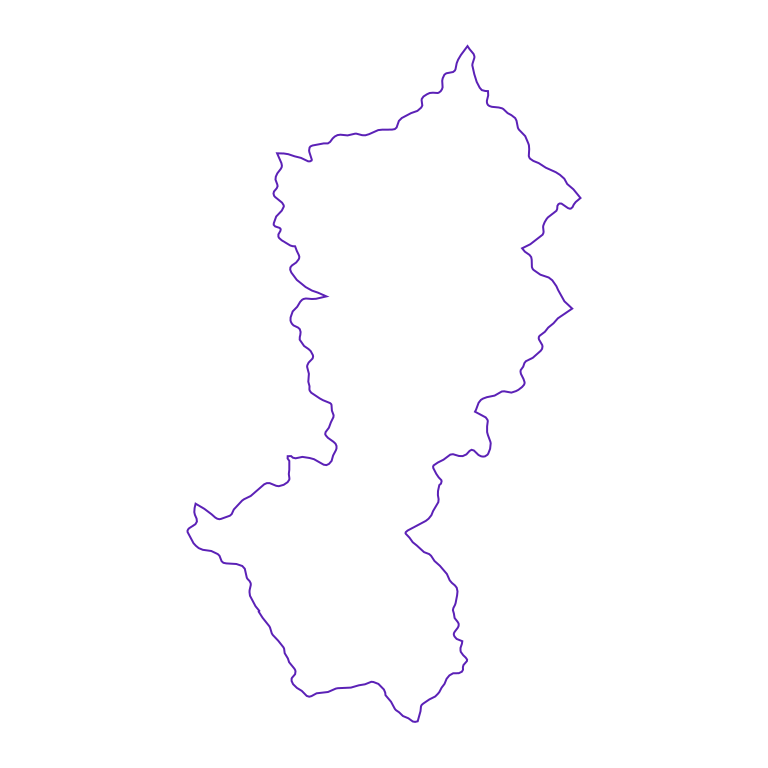 SVG path tracing the border of Moravicki
{"feature_id": "SRB-829", "entity_name": "Moravicki", "entity_type": "District", "adm_level": 1, "iso_a3": "SRB", "parent_name": "Republic of Serbia", "parent_adm1": "", "projection": "equal_earth", "projection_center": [20.274, 43.751], "detail": "fine", "context": "isolated", "style": "outline", "palette": "violet", "viewbox_px": 768, "rotation_deg": 0, "n_neighbors": 0, "source": "natural_earth", "source_scale": "10m", "svg_char_len": 6093}
<svg xmlns="http://www.w3.org/2000/svg" viewBox="0 0 768 768"><path d="M572.2,308.6L557.9,318.3L553.5,323.3L548.2,327.6L544.9,331.8L539.6,335.8L538.9,336.9L538.7,338.2L539.0,339.5L542.2,345.0L542.5,346.4L542.1,348.8L540.8,350.7L532.8,357.8L525.9,361.2L524.4,363.1L523.2,366.7L520.7,370.1L520.5,371.6L520.9,373.8L523.5,379.0L524.6,382.3L524.5,383.6L524.0,384.8L522.1,387.0L518.3,389.9L516.0,391.1L511.4,392.6L504.2,391.3L501.8,391.5L494.6,395.6L486.8,397.2L483.0,398.6L480.9,399.9L478.6,402.8L476.0,409.8L475.0,411.7L485.7,417.4L487.4,419.7L487.8,421.0L487.1,426.4L487.1,432.1L487.9,435.0L490.4,441.8L490.7,443.3L490.1,448.8L488.2,453.7L487.4,454.8L484.9,456.4L483.0,456.6L481.1,456.3L478.5,455.0L473.9,450.5L471.6,449.8L469.6,450.9L466.4,454.4L462.7,456.1L459.0,456.0L453.0,454.2L450.3,454.6L443.5,459.7L437.9,462.5L433.6,465.4L433.1,466.6L433.3,468.1L436.3,473.9L438.7,477.4L441.3,480.1L441.6,481.2L441.0,483.6L439.3,485.1L438.0,491.0L437.9,495.1L438.6,499.2L438.3,502.2L433.1,511.0L431.4,515.2L428.6,518.7L425.8,520.9L407.7,530.5L405.8,532.1L405.5,533.1L405.8,533.8L409.5,537.7L412.7,542.2L416.8,545.5L424.0,552.1L429.2,554.1L431.1,555.8L434.5,561.0L439.9,565.8L446.9,574.0L449.7,580.3L451.8,582.8L454.9,585.4L456.7,587.7L457.5,591.4L457.1,595.3L455.6,603.1L455.0,604.9L453.4,608.0L452.9,610.1L453.9,613.6L454.6,618.0L457.8,622.1L458.6,623.6L458.7,624.9L458.5,626.2L457.8,627.7L454.6,631.9L453.9,633.3L453.8,634.7L454.5,636.5L456.6,638.9L462.3,641.2L461.9,643.8L460.5,647.9L460.5,650.4L460.8,651.9L463.2,655.2L465.7,657.6L467.1,659.6L466.9,661.1L463.5,665.0L462.9,667.1L463.0,669.7L461.9,671.7L458.8,673.2L453.1,673.3L449.4,675.4L446.6,678.8L444.5,683.9L441.6,687.7L439.3,692.1L437.8,693.9L435.2,696.5L429.4,699.4L423.2,703.6L421.7,704.9L421.0,706.3L420.5,711.2L417.7,721.3L415.1,721.9L412.8,721.5L408.4,718.3L402.9,716.0L399.1,712.3L395.9,710.1L394.8,708.8L391.0,701.7L385.5,695.2L385.2,692.6L383.9,689.5L378.4,683.9L373.4,682.0L371.3,681.8L365.0,684.3L358.9,685.3L350.9,687.6L337.8,688.2L335.8,688.6L328.0,692.0L316.6,693.3L311.5,696.1L309.2,696.7L306.7,695.9L301.8,690.9L296.9,687.9L293.1,684.2L291.6,681.0L291.6,678.7L292.0,677.8L295.1,674.2L295.5,671.4L295.2,670.1L294.4,668.7L289.1,662.2L287.9,658.5L284.7,653.2L284.1,648.7L283.5,647.4L278.2,640.7L272.8,635.0L271.8,633.4L270.0,627.5L269.3,626.2L262.6,617.8L258.7,611.7L259.3,610.9L255.5,606.2L250.0,595.8L249.5,592.1L249.6,590.2L250.8,584.9L250.7,583.3L249.6,581.1L247.5,578.9L246.8,577.7L244.8,568.8L242.3,566.0L236.4,564.0L226.3,563.4L223.4,562.8L221.6,561.2L219.5,555.8L217.8,554.1L211.3,551.0L202.8,549.8L198.7,548.1L195.9,545.8L193.5,543.2L187.6,532.1L187.5,530.8L188.1,529.4L189.2,528.2L195.4,524.2L196.9,521.6L196.6,518.7L194.9,514.8L194.3,512.1L194.6,508.0L195.6,503.7L204.3,508.8L211.6,514.3L215.2,517.5L217.2,518.7L219.3,519.2L221.0,518.9L229.9,515.7L231.7,514.1L233.8,509.5L242.1,500.6L244.1,499.2L250.7,496.0L264.2,484.3L266.9,483.1L269.6,483.1L276.2,485.8L278.8,486.2L283.7,484.8L287.6,482.2L289.3,479.6L289.4,478.3L288.8,474.0L289.3,469.8L289.3,460.9L287.6,458.5L287.7,456.2L291.1,456.1L292.9,457.7L295.6,458.3L302.4,456.9L309.6,458.0L314.0,459.2L323.7,464.7L326.4,465.1L329.0,463.9L331.6,460.9L333.1,455.5L335.9,450.2L336.5,448.4L336.5,446.0L335.5,443.7L333.6,441.9L327.9,437.8L325.8,435.4L325.2,434.1L325.6,432.1L328.9,427.7L330.9,422.3L333.4,417.2L333.6,415.2L331.9,410.6L331.5,404.9L331.1,404.0L330.1,403.1L323.0,400.2L319.9,398.5L311.2,392.7L309.7,390.6L309.4,389.4L309.5,386.2L308.3,381.7L308.9,373.8L307.1,366.8L307.3,365.3L308.6,362.6L312.6,358.5L313.1,356.6L312.9,355.2L310.7,351.1L308.6,349.1L304.1,346.0L299.7,339.7L299.8,336.9L300.3,334.9L300.6,332.0L299.8,329.2L298.1,327.6L293.5,325.4L291.9,323.7L290.9,321.8L290.5,320.4L290.6,317.4L292.7,311.4L297.2,306.8L300.2,301.8L302.1,299.8L303.5,299.0L305.9,298.5L311.9,299.0L316.0,298.8L326.4,296.4L317.8,292.6L312.0,290.6L305.7,287.1L296.8,279.9L291.3,272.5L290.2,269.7L290.4,267.4L291.9,265.5L296.2,262.5L298.7,259.3L299.2,258.0L299.3,256.6L298.7,254.8L296.8,250.9L295.1,246.3L292.7,246.2L290.3,245.5L281.7,240.3L279.1,238.0L278.4,236.7L278.4,234.4L280.4,230.9L280.7,229.2L280.1,228.3L279.3,227.8L275.1,226.4L273.7,224.8L273.8,223.2L276.2,216.5L281.8,210.6L283.8,206.6L283.7,205.3L282.1,202.7L275.1,197.0L274.1,195.8L273.5,193.6L274.0,191.5L276.7,188.3L277.6,186.2L277.3,184.5L275.5,179.6L275.8,176.7L277.3,173.4L280.9,168.7L281.7,167.1L281.9,165.6L281.4,163.1L277.1,153.3L283.9,153.5L288.3,154.2L294.6,156.3L301.0,157.9L308.1,161.3L310.1,161.3L311.6,160.5L311.8,159.7L309.3,151.9L309.1,150.4L309.6,147.5L310.5,146.4L312.5,145.5L323.8,143.4L327.9,143.4L330.1,141.9L332.7,138.4L334.8,136.5L337.5,135.1L340.4,134.7L347.6,135.4L355.0,133.7L356.5,133.7L362.2,135.2L365.3,135.3L369.0,134.2L378.2,130.1L382.0,129.7L392.0,129.6L394.8,129.1L396.6,127.5L398.9,120.9L401.8,118.0L411.1,113.1L417.4,110.9L421.2,107.6L422.3,105.5L421.6,100.2L421.8,98.9L423.5,96.5L426.9,94.3L429.7,93.0L432.9,92.7L437.7,93.0L438.7,92.7L440.7,91.2L442.0,89.2L442.6,87.3L442.2,80.8L442.7,78.3L444.4,74.7L446.3,73.3L453.1,72.0L454.9,70.5L455.5,69.2L456.7,63.2L458.1,59.7L460.9,55.0L467.5,46.1L469.6,49.2L473.6,54.0L474.4,56.3L474.4,57.7L472.5,63.7L472.3,65.3L474.3,74.2L476.7,81.9L479.7,87.7L481.8,90.1L485.3,91.0L488.0,91.1L488.2,95.4L486.9,100.7L486.9,102.2L487.2,103.6L488.0,105.0L489.4,106.0L491.8,106.8L498.8,107.5L502.0,108.3L503.3,109.0L507.6,113.1L511.3,115.1L515.2,118.1L516.5,120.7L517.9,127.8L518.8,129.5L525.2,136.1L528.3,143.4L528.9,145.2L529.2,149.1L528.8,156.0L529.4,157.7L530.1,158.7L533.3,160.9L538.7,163.1L545.8,167.7L555.8,172.2L559.9,174.8L564.3,178.7L567.2,184.0L573.4,189.3L580.5,198.0L575.7,202.0L573.8,204.5L572.5,207.2L570.8,208.6L569.9,208.7L568.0,208.1L561.5,203.6L559.6,203.5L558.4,204.2L557.4,205.9L557.2,208.9L556.4,210.8L547.9,217.4L546.5,219.1L544.6,222.3L543.3,225.6L543.1,227.0L543.6,231.9L543.3,233.3L542.6,234.7L530.2,244.3L522.1,248.3L524.9,251.7L529.5,254.9L531.2,257.1L531.7,259.7L531.9,267.0L532.6,268.8L533.5,269.9L540.4,274.7L548.7,277.5L552.3,280.3L556.4,286.2L558.1,290.0L564.4,301.3L572.2,308.6Z" fill="none" stroke="#5b21b6" stroke-width="2"/></svg>